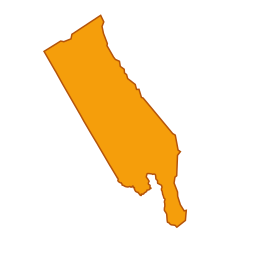 outline of Washington, New York, United States of America, rotated 148°
{"feature_id": "52423323B92557929546558", "entity_name": "Washington", "entity_type": "district", "adm_level": 2, "iso_a3": "USA", "parent_name": "United States of America", "parent_adm1": "New York", "projection": "orthographic", "projection_center": [-73.385, 43.375], "detail": "fine", "context": "isolated", "style": "filled", "palette": "amber", "viewbox_px": 256, "rotation_deg": 148, "n_neighbors": 0, "source": "geoboundaries", "source_scale": "gbopen_adm2", "svg_char_len": 2244}
<svg xmlns="http://www.w3.org/2000/svg" viewBox="0 0 256 256"><g transform="rotate(148 128 128)"><path d="M99.3,145.4L100.4,146.8L98.2,155.0L100.3,156.2L98.8,161.1L102.1,170.1L100.9,174.1L101.8,176.5L100.1,179.9L101.9,184.3L99.9,189.1L102.4,192.9L102.7,195.8L102.2,209.0L100.8,210.5L98.7,221.2L96.2,227.9L92.3,230.8L91.5,238.0L93.5,238.0L113.5,237.5L125.9,237.2L129.1,233.8L136.7,235.2L139.0,237.4L158.6,237.5L159.4,215.4L159.4,214.0L160.1,201.0L160.2,198.7L161.3,168.1L161.4,164.8L161.4,164.6L161.8,157.4L162.2,143.3L162.4,133.1L162.4,130.9L162.5,129.2L163.2,105.9L163.2,103.7L163.4,92.5L163.5,91.5L163.3,91.4L163.3,90.4L163.5,89.7L164.1,89.2L164.4,88.8L164.5,88.0L164.4,87.4L163.7,86.0L163.5,85.6L163.3,85.4L162.9,85.2L162.8,83.4L163.2,82.9L163.1,82.6L162.4,81.8L161.3,79.8L160.3,78.8L159.3,78.0L157.4,77.4L157.2,77.1L157.1,76.6L156.5,76.1L154.9,76.3L154.7,76.2L154.5,75.9L154.7,75.3L155.1,74.8L155.1,74.7L154.2,74.1L154.9,72.8L155.0,72.4L155.1,71.3L155.1,70.2L154.8,69.6L154.0,68.3L153.6,68.1L153.3,64.7L153.2,64.4L152.9,64.0L152.5,63.8L152.3,63.9L151.7,64.8L151.3,64.6L150.4,63.9L149.3,63.9L148.6,64.3L145.9,64.3L144.9,65.2L142.9,64.5L141.6,64.9L141.3,64.9L141.0,64.6L140.5,64.7L140.4,65.1L140.8,65.9L140.8,66.0L140.0,67.2L139.7,67.7L140.4,69.4L140.4,69.7L140.2,70.1L139.4,71.0L138.3,71.7L138.3,74.8L138.5,76.2L138.4,76.8L138.2,77.1L136.8,78.5L136.1,79.0L135.6,79.0L135.2,78.8L134.3,78.2L132.2,76.5L131.6,75.6L130.4,75.2L130.0,74.9L129.6,74.2L129.6,73.9L129.7,73.3L130.7,71.2L131.3,70.1L131.2,69.2L130.9,68.1L130.9,67.7L132.0,65.7L132.1,65.4L131.9,65.0L130.2,62.1L130.0,61.6L130.4,60.1L130.7,59.6L131.0,59.3L131.9,58.7L132.5,57.6L132.6,56.1L133.8,53.3L133.9,52.5L133.9,52.2L134.5,50.2L134.7,49.4L134.3,48.5L134.4,48.0L134.9,47.3L135.6,46.9L136.1,46.3L136.5,45.7L136.8,44.6L137.9,42.6L138.4,41.9L139.4,41.0L140.7,39.1L140.8,38.2L140.7,36.5L140.8,34.8L140.9,34.3L142.1,32.0L143.6,29.2L144.3,27.6L144.4,27.2L143.6,26.0L143.5,25.6L143.1,23.7L142.2,22.6L141.1,21.8L139.6,20.4L139.5,20.0L139.3,18.6L139.1,18.0L128.3,19.2L122.2,27.3L124.3,28.0L124.3,35.1L122.1,43.7L119.9,47.5L118.1,56.9L114.3,61.4L112.0,61.7L100.5,78.6L96.1,80.2L97.2,82.8L91.7,96.9L93.1,99.7L96.6,125.7L99.3,145.4Z" fill="#f59e0b" stroke="#b45309" stroke-width="1.5"/></g></svg>